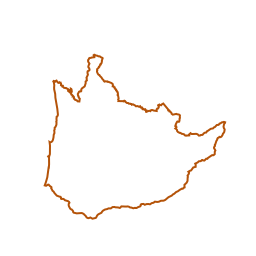 Grey District, West Coast, New Zealand, rotated 345°
{"feature_id": "76426892B91014587529392", "entity_name": "Grey District", "entity_type": "district", "adm_level": 2, "iso_a3": "NZL", "parent_name": "New Zealand", "parent_adm1": "West Coast", "projection": "natural_earth1", "projection_center": [171.596, -42.409], "detail": "fine", "context": "isolated", "style": "outline", "palette": "amber", "viewbox_px": 256, "rotation_deg": 345, "n_neighbors": 0, "source": "geoboundaries", "source_scale": "gbopen_adm2", "svg_char_len": 5813}
<svg xmlns="http://www.w3.org/2000/svg" viewBox="0 0 256 256"><g transform="rotate(345 128 128)"><path d="M68.4,63.3L67.9,63.8L68.2,64.3L67.9,67.5L67.1,69.8L66.7,71.5L66.5,76.2L65.7,80.0L64.7,91.1L63.8,96.8L63.3,97.9L61.8,98.9L61.8,99.5L61.3,100.5L61.0,102.2L60.6,103.1L60.3,103.4L60.4,104.0L59.7,106.3L58.4,108.0L57.2,108.8L56.8,110.4L56.1,111.2L56.0,112.2L55.6,113.9L54.5,115.3L53.6,117.8L52.5,119.9L51.6,121.0L50.6,121.6L49.0,121.8L48.6,121.3L48.1,124.8L45.8,133.0L44.8,134.6L43.8,134.6L43.5,134.9L44.2,135.6L42.4,142.6L41.3,145.7L41.1,145.6L37.3,154.7L34.6,159.2L32.7,161.9L33.9,162.6L36.2,162.0L36.7,162.2L37.5,163.8L38.7,165.2L38.7,165.6L38.2,166.4L38.6,167.6L38.8,169.0L39.7,170.2L40.1,171.7L41.7,174.9L44.1,176.6L45.0,177.0L45.3,177.9L45.0,178.8L45.2,179.3L47.1,179.7L48.0,180.6L48.3,181.4L51.1,183.1L51.9,184.1L52.1,185.0L51.0,186.1L50.7,187.3L50.7,188.4L51.3,190.9L51.8,191.7L52.5,192.1L53.3,193.6L53.4,194.2L53.3,195.1L53.6,195.7L56.4,197.2L61.1,198.1L62.0,198.6L63.1,199.8L63.7,201.0L64.3,201.8L64.9,203.7L65.9,204.6L66.7,204.9L68.5,204.7L70.2,206.4L73.5,206.5L74.0,206.3L75.4,204.7L76.3,204.0L77.4,203.6L80.4,203.0L81.3,202.1L82.4,201.4L84.6,200.8L87.0,200.9L88.3,200.6L90.6,201.2L92.6,200.4L94.6,200.8L95.2,201.3L97.9,202.2L99.4,203.1L100.0,202.9L101.3,202.0L105.8,203.4L107.5,203.7L108.8,204.5L109.4,205.3L110.6,205.7L112.3,206.9L114.1,206.9L114.4,207.2L115.5,207.5L117.4,207.0L119.3,206.9L120.2,206.3L120.2,205.7L120.6,205.2L121.6,205.0L123.4,205.4L124.3,206.5L126.3,206.3L128.0,206.7L129.5,207.4L131.5,206.7L133.3,206.8L134.9,206.1L137.1,207.0L138.7,207.2L140.9,206.8L143.6,207.4L145.4,207.1L149.2,205.3L152.8,204.6L154.4,203.7L155.6,203.5L157.9,202.3L159.9,202.0L161.8,201.2L164.5,200.5L164.8,200.8L165.7,200.7L166.6,200.0L167.3,200.0L167.8,197.5L170.5,196.0L171.8,194.5L172.8,191.3L173.2,190.8L173.2,189.4L174.5,188.4L175.4,187.1L175.4,186.5L175.0,185.9L176.4,185.4L178.0,185.3L180.8,183.0L183.3,183.0L183.6,181.7L183.9,181.2L183.7,179.8L186.4,179.3L187.7,178.5L189.6,178.8L190.4,178.6L191.0,178.1L191.7,178.2L192.2,178.8L193.4,179.2L195.6,177.9L196.7,178.3L197.3,177.7L201.8,176.1L202.4,176.0L202.9,176.3L203.6,176.4L205.0,175.7L205.7,173.3L206.6,172.3L205.9,169.7L206.0,169.2L206.8,168.1L207.4,167.8L207.6,166.6L208.1,166.3L210.0,163.4L211.2,162.3L211.3,161.8L212.1,160.9L213.4,160.7L214.0,160.2L215.1,160.8L216.2,160.4L217.7,159.0L218.2,158.1L219.4,157.3L220.1,156.5L220.3,155.8L220.9,154.8L221.0,154.3L220.6,153.0L220.6,151.5L221.7,149.3L222.3,148.6L222.8,148.4L223.3,147.6L222.2,146.9L220.9,147.0L220.3,146.8L218.6,147.4L217.7,147.4L217.5,147.7L216.9,147.9L216.7,148.2L215.8,148.4L215.0,148.1L214.5,148.1L212.3,149.5L211.3,149.6L210.0,150.4L207.7,150.2L204.4,151.4L203.6,151.5L202.4,152.6L201.2,152.4L199.7,152.8L198.6,153.7L198.0,153.9L196.5,153.6L195.7,153.9L194.5,153.7L193.6,152.1L192.4,151.3L188.7,150.5L187.6,150.1L187.1,149.2L185.3,150.1L185.2,151.0L183.6,150.7L183.0,150.4L182.1,150.5L180.9,149.7L180.7,148.8L179.4,147.9L178.5,147.6L177.4,146.3L176.4,146.0L175.9,145.3L175.3,144.9L174.7,143.7L174.8,142.4L174.2,141.3L173.6,140.7L175.0,139.8L175.0,138.9L174.2,138.3L175.3,136.6L176.8,134.9L177.4,134.5L178.7,135.2L179.1,135.1L179.9,133.6L180.1,132.5L180.8,131.7L180.9,130.6L181.4,129.5L181.4,129.1L180.7,128.2L178.9,127.4L178.4,126.9L174.7,126.7L173.8,125.5L173.8,124.4L173.0,123.2L172.3,122.7L172.6,122.1L172.4,121.6L171.4,121.3L171.5,120.3L168.4,113.5L166.8,113.9L165.9,114.6L165.0,114.1L164.6,114.1L164.4,113.5L163.1,113.7L162.9,114.1L163.4,115.0L162.9,116.2L161.9,117.0L161.3,116.8L160.7,117.2L160.3,117.9L160.1,119.0L157.3,117.8L156.5,117.1L155.1,116.7L154.6,116.9L154.0,117.5L153.2,116.9L151.7,116.9L149.9,117.2L149.6,117.0L149.7,116.6L150.5,116.3L150.5,115.8L149.3,115.1L149.4,114.4L148.5,114.4L148.1,113.7L147.2,113.8L146.9,113.6L147.0,111.9L146.5,111.6L146.0,111.8L145.6,111.5L145.3,110.1L144.2,110.4L142.9,109.3L141.3,109.1L140.6,108.0L138.9,106.4L137.8,106.5L137.8,106.1L137.5,105.7L136.7,105.5L136.3,105.0L135.2,104.8L134.6,103.9L133.5,103.6L132.6,102.5L132.2,101.3L131.6,100.7L131.1,100.7L130.7,101.2L129.8,100.7L125.7,99.5L126.1,98.7L125.9,97.9L126.6,97.0L126.8,94.2L126.5,93.5L126.9,93.2L126.8,92.9L127.2,92.0L127.3,90.7L127.2,90.4L126.8,90.1L126.8,89.1L126.2,88.6L126.5,87.7L125.4,86.5L125.7,85.4L125.1,85.0L125.0,84.3L124.0,83.8L124.5,82.8L124.6,81.6L123.7,80.3L121.0,78.3L120.5,78.3L119.9,77.5L119.1,77.5L118.3,77.0L117.3,77.1L116.8,76.2L116.7,75.2L116.2,74.6L115.6,73.2L115.6,72.6L114.3,70.4L114.1,69.4L113.4,69.0L112.9,67.8L112.6,65.7L112.8,65.0L113.2,64.5L113.1,64.2L113.4,63.2L115.5,62.0L115.7,61.4L116.2,61.4L117.3,59.9L118.0,59.7L117.9,59.2L119.3,58.4L120.2,56.5L120.2,56.1L121.6,54.0L121.5,53.7L120.1,52.6L119.3,51.5L118.0,51.1L116.7,50.0L115.7,49.7L114.7,48.6L114.3,48.5L113.6,48.8L113.7,49.5L114.0,49.8L113.8,50.9L110.9,50.5L110.2,50.7L109.2,50.4L108.3,50.7L107.9,51.5L107.0,52.1L106.7,53.6L107.4,55.9L106.2,57.3L105.5,58.6L105.5,59.2L106.0,60.3L105.9,61.9L105.1,62.5L103.8,62.7L103.6,62.9L103.1,64.4L103.1,66.1L100.9,68.7L100.9,69.9L100.6,70.5L100.6,71.4L99.1,72.1L98.7,73.8L96.9,76.6L93.8,77.8L92.9,78.6L92.4,80.2L91.9,80.5L90.7,80.1L90.1,80.3L88.3,82.2L88.1,84.0L88.5,84.6L88.3,85.2L88.5,86.3L89.0,87.2L87.9,89.8L86.2,89.2L85.7,88.0L84.2,87.1L84.0,86.3L83.3,85.6L83.8,84.2L83.7,83.8L83.2,82.8L82.9,82.9L83.0,82.6L82.7,82.3L82.5,81.4L82.0,81.2L81.7,79.6L83.1,78.4L83.4,76.5L83.3,75.6L83.0,75.3L82.9,75.8L82.5,76.0L82.5,76.4L82.1,76.6L81.8,76.4L81.7,76.8L81.2,77.0L81.8,78.0L80.8,78.2L80.4,77.5L80.8,77.1L80.2,77.1L79.8,76.7L80.0,76.4L79.9,75.8L80.2,75.4L80.0,75.1L80.0,74.6L78.7,73.8L78.6,73.4L76.7,72.7L76.0,71.6L75.4,71.1L75.9,70.3L74.6,69.7L74.3,69.3L74.7,68.4L74.8,67.6L74.4,67.2L74.5,66.7L73.8,66.6L73.5,66.1L72.8,66.5L72.4,66.4L71.6,65.1L71.2,63.7L70.0,63.9L69.6,64.3L69.1,63.7L68.4,63.3Z" fill="none" stroke="#b45309" stroke-width="2"/></g></svg>